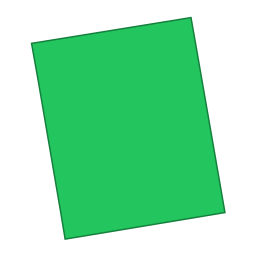 outline of Gove, Kansas, United States of America, rotated 80°
{"feature_id": "52423323B49129985774033", "entity_name": "Gove", "entity_type": "district", "adm_level": 2, "iso_a3": "USA", "parent_name": "United States of America", "parent_adm1": "Kansas", "projection": "natural_earth1", "projection_center": [-100.507, 38.915], "detail": "fine", "context": "isolated", "style": "filled", "palette": "green", "viewbox_px": 256, "rotation_deg": 80, "n_neighbors": 0, "source": "geoboundaries", "source_scale": "gbopen_adm2", "svg_char_len": 268}
<svg xmlns="http://www.w3.org/2000/svg" viewBox="0 0 256 256"><g transform="rotate(80 128 128)"><path d="M30.2,46.8L27.9,208.3L67.0,208.2L198.6,208.9L226.5,209.2L228.1,47.2L223.2,47.2L57.2,46.8L30.2,46.8Z" fill="#22c55e" stroke="#15803d" stroke-width="1.5"/></g></svg>